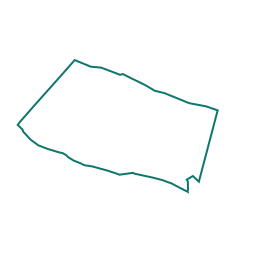 outline of Nuevo Morelos, Tamaulipas, Mexico, rotated 128°
{"feature_id": "50627088B99419541520683", "entity_name": "Nuevo Morelos", "entity_type": "district", "adm_level": 2, "iso_a3": "MEX", "parent_name": "Mexico", "parent_adm1": "Tamaulipas", "projection": "robinson", "projection_center": [-99.189, 22.515], "detail": "fine", "context": "isolated", "style": "outline", "palette": "teal", "viewbox_px": 256, "rotation_deg": 128, "n_neighbors": 0, "source": "geoboundaries", "source_scale": "gbopen_adm2", "svg_char_len": 1104}
<svg xmlns="http://www.w3.org/2000/svg" viewBox="0 0 256 256"><g transform="rotate(128 128 128)"><path d="M110.5,212.0L118.4,212.5L131.9,213.3L151.7,214.6L168.4,215.7L176.2,216.1L177.6,216.2L177.8,216.2L179.5,216.3L189.4,216.9L191.2,216.9L193.5,216.8L194.2,210.0L195.2,208.8L195.5,207.8L197.1,197.7L197.1,195.9L196.9,189.0L196.9,188.5L196.9,188.0L196.8,187.6L196.7,187.5L194.6,180.5L194.0,178.6L191.0,170.8L189.2,166.3L188.4,164.9L187.9,163.5L187.5,160.3L187.8,156.9L187.1,150.7L184.8,142.8L184.7,141.3L183.8,138.6L183.4,137.9L182.9,137.2L182.7,137.0L180.2,132.3L174.0,117.4L170.9,108.8L170.1,106.0L160.3,96.5L160.3,96.2L159.7,94.2L152.0,78.3L148.1,69.4L144.8,59.3L144.1,55.0L141.5,41.6L140.9,42.3L139.9,42.6L133.5,47.7L132.6,49.9L125.9,47.3L126.7,39.1L78.0,60.0L58.9,68.2L62.9,79.9L64.1,82.2L67.2,88.2L69.8,93.2L70.7,95.0L71.4,97.2L73.0,102.9L75.2,110.7L78.2,121.1L78.3,121.3L79.5,123.9L79.7,124.4L81.0,127.3L82.2,129.8L83.5,140.2L84.5,145.2L86.5,154.5L88.5,164.4L88.7,165.3L90.9,166.9L91.1,167.5L97.0,186.4L102.6,195.1L107.3,211.8L110.5,212.0Z" fill="none" stroke="#0f766e" stroke-width="2"/></g></svg>